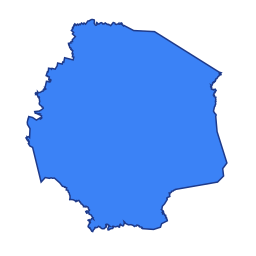 outline of Central Highlands (Tas.), Tasmania, Australia, rotated 184°
{"feature_id": "25037944B68362175930798", "entity_name": "Central Highlands (Tas.)", "entity_type": "district", "adm_level": 2, "iso_a3": "AUS", "parent_name": "Australia", "parent_adm1": "Tasmania", "projection": "mercator", "projection_center": [146.609, -42.197], "detail": "fine", "context": "isolated", "style": "filled", "palette": "blue", "viewbox_px": 256, "rotation_deg": 184, "n_neighbors": 0, "source": "geoboundaries", "source_scale": "gbopen_adm2", "svg_char_len": 5805}
<svg xmlns="http://www.w3.org/2000/svg" viewBox="0 0 256 256"><g transform="rotate(184 128 128)"><path d="M148.5,27.7L148.9,27.3L148.7,26.8L146.8,25.7L144.7,25.9L144.2,26.7L143.3,27.2L142.7,27.9L142.8,28.7L143.2,28.6L143.2,29.7L143.4,30.2L142.6,30.5L142.1,30.2L141.7,30.4L141.6,30.0L140.5,29.9L140.4,29.5L139.2,28.7L140.3,28.6L141.1,26.1L140.8,25.0L139.9,25.0L139.3,25.7L137.6,26.5L136.3,26.7L135.6,28.1L136.5,28.6L136.2,29.0L133.7,28.5L131.3,29.3L130.3,28.6L129.6,28.5L129.4,28.8L129.7,29.8L129.3,30.1L129.5,30.3L129.4,30.8L129.0,31.2L129.3,32.0L128.4,30.8L126.2,29.9L125.5,30.8L125.6,31.3L125.1,32.2L125.1,33.5L125.4,34.3L124.5,33.6L124.0,32.7L120.8,31.4L118.2,31.8L116.0,31.2L114.8,30.2L114.0,30.8L113.0,30.7L112.5,31.1L112.3,31.8L110.5,31.4L110.0,31.1L110.1,30.6L109.7,30.2L107.3,30.0L106.7,29.3L107.1,28.9L106.5,28.6L95.4,28.6L88.7,31.3L87.8,34.9L82.3,38.2L82.7,39.6L83.1,39.9L83.1,40.3L83.5,40.9L83.2,40.7L83.2,41.0L83.7,41.6L83.9,41.5L83.8,41.8L85.0,43.3L84.6,43.6L85.5,43.9L85.6,44.5L86.4,45.2L86.3,45.4L86.5,45.7L86.8,45.7L86.9,45.3L86.5,45.2L86.9,45.1L86.6,44.8L87.4,44.7L87.4,45.2L87.2,45.3L87.6,45.7L87.4,45.7L87.5,46.0L87.1,45.9L87.3,46.5L86.8,46.2L86.6,46.5L87.0,47.6L88.8,48.9L88.6,49.0L88.3,52.3L86.2,55.0L83.9,59.4L84.0,60.1L84.3,60.3L84.0,61.0L84.1,61.3L81.5,62.6L82.0,64.3L81.7,64.8L82.4,66.0L82.0,66.1L81.7,65.7L80.1,67.2L80.1,67.9L78.4,68.4L78.0,69.1L76.7,69.6L76.6,70.0L34.9,80.3L29.3,86.8L30.7,94.1L26.9,100.0L38.9,130.6L41.3,145.7L41.0,147.1L41.3,147.8L42.5,148.6L42.9,149.6L43.4,149.9L43.9,150.8L43.2,155.4L42.7,155.9L42.6,157.2L42.2,157.9L42.6,160.7L42.3,160.8L42.6,161.2L42.3,162.2L42.7,163.4L42.5,164.8L44.2,165.3L44.4,165.8L44.1,166.4L45.1,166.9L44.5,167.8L44.7,168.5L44.5,169.0L43.6,169.4L43.8,170.5L43.2,170.7L42.7,171.6L43.8,172.8L44.2,172.3L45.0,172.5L45.6,171.9L46.2,172.5L47.1,172.4L47.5,172.6L47.4,173.3L48.1,174.2L47.9,174.6L48.1,174.9L47.5,174.9L48.2,176.4L47.9,176.2L46.9,176.8L47.0,177.3L46.4,178.5L46.8,178.6L46.8,178.9L46.0,179.8L45.5,179.6L45.4,180.1L44.9,180.0L44.8,180.4L44.2,180.7L43.9,181.9L44.2,181.9L43.9,182.8L43.4,183.5L42.7,183.6L41.8,185.5L41.0,186.1L40.6,187.3L40.3,187.1L38.9,187.7L39.2,188.9L40.2,188.5L40.8,189.0L40.5,189.4L39.8,189.4L39.3,189.7L41.0,190.1L108.3,226.0L129.1,225.6L139.2,230.0L139.6,230.0L139.7,229.6L140.4,230.1L140.4,230.4L141.3,230.9L141.2,231.8L141.7,232.3L141.9,232.1L141.7,231.5L142.0,231.1L143.0,231.9L143.0,231.3L143.8,230.9L144.5,231.2L144.6,231.5L144.9,231.0L146.0,231.0L146.9,230.4L147.8,230.6L148.5,231.8L150.1,232.2L152.4,228.9L153.3,229.5L154.7,229.6L154.2,229.8L154.5,230.1L156.0,229.8L156.5,230.5L157.6,230.8L157.9,231.2L158.3,231.0L158.7,230.4L159.1,230.6L159.7,230.1L160.4,230.0L161.5,231.2L162.2,231.2L163.0,230.8L164.3,229.6L165.3,230.0L166.5,231.1L166.9,230.5L166.2,229.7L166.1,229.2L166.6,228.5L167.3,228.2L167.9,228.6L169.0,230.1L169.1,231.1L168.9,232.3L169.3,233.5L171.2,233.8L172.2,233.6L174.4,232.1L175.4,232.0L177.6,228.6L179.2,229.7L180.0,228.4L181.7,229.5L183.0,227.7L183.9,228.3L184.7,227.2L185.8,228.1L186.8,226.8L188.3,228.2L189.2,226.8L188.7,226.4L190.2,224.5L189.7,224.2L190.3,223.4L190.0,223.1L191.3,221.3L188.9,219.6L190.0,218.0L186.9,215.5L189.7,212.2L189.4,210.4L190.7,210.3L191.4,209.2L191.0,208.9L193.3,208.3L193.2,207.8L192.7,207.9L192.5,207.1L192.9,207.0L192.7,206.4L192.4,206.5L191.7,204.0L191.1,204.1L190.4,203.6L190.5,202.5L189.7,202.3L189.8,201.9L188.5,201.3L189.0,198.2L188.0,198.0L188.5,195.2L187.0,194.9L187.5,192.1L196.1,193.7L196.7,189.1L197.7,189.3L198.1,187.2L202.7,187.9L203.0,185.1L204.8,181.6L208.0,182.2L208.5,181.3L209.0,181.9L211.4,182.1L211.4,180.4L211.7,178.4L212.3,178.5L213.3,174.6L211.9,174.4L212.0,173.8L210.1,173.4L210.4,171.2L209.2,171.0L209.9,170.4L208.3,170.2L208.4,169.6L208.9,168.6L209.6,168.8L209.7,168.4L212.6,168.9L213.5,163.0L214.0,162.9L213.3,161.8L214.0,161.5L213.5,161.1L213.0,161.5L212.7,161.2L214.0,160.3L214.3,160.6L215.1,160.4L215.4,158.8L216.5,158.6L218.1,157.3L220.1,157.1L220.7,157.8L220.5,156.1L221.3,156.1L222.2,156.9L222.7,156.5L222.8,156.0L222.4,155.6L222.5,154.9L221.0,155.0L220.1,153.1L219.2,153.0L219.5,152.4L218.8,152.2L219.1,151.8L218.5,151.0L218.2,149.2L217.9,148.6L218.3,146.3L217.9,145.2L215.5,143.5L215.5,143.1L214.2,142.7L213.9,141.7L215.7,140.1L217.7,138.7L222.2,137.9L221.5,136.2L220.3,136.4L218.3,135.9L217.6,136.3L217.1,136.1L218.9,135.6L215.1,134.2L215.4,132.6L214.8,132.5L214.9,131.6L216.1,130.8L216.7,131.8L219.9,129.5L223.9,131.8L227.8,132.5L228.0,130.4L228.3,130.5L228.9,126.7L228.5,124.5L225.7,120.5L225.5,111.6L226.5,112.5L227.5,112.0L228.1,112.3L228.0,111.6L228.9,112.1L228.4,111.5L229.1,111.0L227.5,108.7L226.7,109.2L225.8,107.7L226.4,107.4L225.5,106.1L226.3,105.5L224.6,103.2L221.8,102.0L210.9,68.0L207.1,72.8L202.8,72.3L201.3,73.0L199.8,72.6L197.9,72.9L192.2,68.5L189.4,65.3L186.8,64.9L186.9,64.4L185.0,64.1L185.3,61.9L183.5,61.6L183.2,60.1L182.0,58.9L181.9,57.9L181.1,56.3L180.9,53.9L181.2,52.7L181.0,52.4L180.2,52.7L177.6,52.6L175.8,51.8L174.8,50.9L174.4,51.4L174.6,51.8L174.5,52.0L173.7,51.5L172.7,52.2L171.8,52.3L171.1,50.9L170.5,50.9L170.1,50.4L169.5,49.1L168.5,48.8L168.0,48.1L167.1,47.6L166.9,46.5L166.4,46.8L166.1,46.4L164.6,46.3L164.4,46.9L164.1,46.5L163.1,46.6L162.0,45.9L162.0,45.2L161.8,44.7L161.2,43.8L160.7,43.5L160.8,43.0L161.9,42.1L163.2,42.5L163.6,41.7L164.3,41.7L164.2,41.4L163.2,40.1L161.6,40.8L160.9,40.4L160.8,39.4L158.7,38.7L158.2,37.7L157.7,37.5L157.1,36.2L156.6,36.0L156.8,35.8L156.2,34.7L157.3,35.4L158.0,35.1L158.7,33.7L159.9,33.2L160.2,33.7L160.6,33.3L161.2,33.5L161.4,33.1L159.2,31.8L159.3,31.4L158.9,31.0L159.1,30.7L159.8,30.9L160.0,29.2L160.7,28.3L160.9,26.7L160.0,25.9L159.2,25.9L159.2,25.2L158.4,24.7L157.0,22.5L156.0,22.2L155.5,23.7L154.0,25.6L154.1,26.4L153.4,26.6L152.6,26.4L151.7,26.7L150.5,27.9L149.4,27.3L148.5,27.7Z" fill="#3b82f6" stroke="#1e3a8a" stroke-width="1.5"/></g></svg>